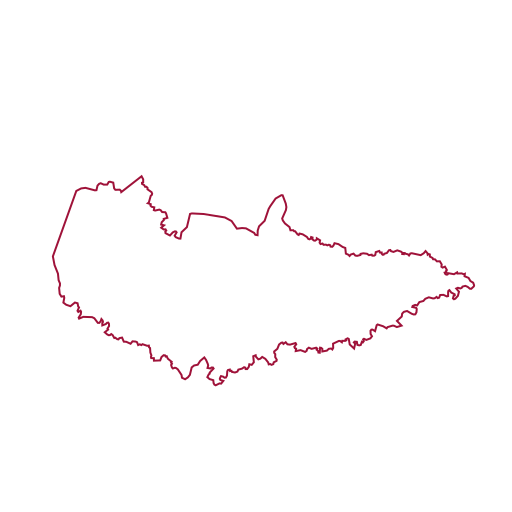 the district of Rio Brilhante, Mato Grosso do Sul, Brazil, rotated 342°
{"feature_id": "56859067B58900206343132", "entity_name": "Rio Brilhante", "entity_type": "district", "adm_level": 2, "iso_a3": "BRA", "parent_name": "Brazil", "parent_adm1": "Mato Grosso do Sul", "projection": "mercator", "projection_center": [-54.465, -21.65], "detail": "fine", "context": "isolated", "style": "outline", "palette": "rose", "viewbox_px": 512, "rotation_deg": 342, "n_neighbors": 0, "source": "geoboundaries", "source_scale": "gbopen_adm2", "svg_char_len": 6113}
<svg xmlns="http://www.w3.org/2000/svg" viewBox="0 0 512 512"><g transform="rotate(342 256 256)"><path d="M451.4,342.5L448.1,339.7L449.1,337.5L448.0,337.6L446.2,336.1L442.1,334.9L442.2,333.7L438.7,334.5L433.8,331.9L432.4,332.8L431.2,332.5L430.4,331.4L430.3,330.2L432.2,330.5L431.9,329.1L433.2,328.3L432.4,324.5L429.9,324.7L429.0,323.5L430.0,321.4L429.2,317.8L426.4,317.0L425.2,314.5L423.4,313.8L423.3,312.4L421.2,310.3L421.8,308.2L420.8,307.5L419.7,307.8L419.9,306.3L418.8,303.7L416.4,305.2L412.9,306.1L405.0,301.5L403.6,301.3L401.7,302.8L401.0,301.3L399.0,300.1L398.5,299.2L397.4,298.8L397.1,299.9L395.7,299.3L396.2,298.1L395.2,296.6L392.1,294.3L388.0,294.6L385.9,293.1L385.6,291.8L384.3,291.6L381.4,293.6L378.7,293.5L377.8,294.2L376.8,293.9L376.3,292.8L376.6,291.5L375.0,291.1L374.8,289.3L371.1,289.3L369.8,291.8L368.6,292.2L366.7,291.6L366.5,290.5L363.7,290.1L362.3,288.2L358.9,286.6L356.1,286.3L355.6,287.3L352.2,287.1L350.6,286.3L349.5,283.9L346.6,283.9L345.0,284.9L344.3,283.4L342.2,281.5L343.4,275.9L341.2,274.2L338.1,270.2L334.6,268.1L332.9,270.0L331.4,270.8L329.8,270.1L329.9,268.7L328.8,267.8L327.1,267.9L326.0,266.8L323.7,266.2L323.1,264.7L321.1,264.6L320.6,263.0L321.8,260.9L319.3,258.0L318.9,259.1L317.0,259.7L316.0,259.3L314.8,257.6L315.5,255.9L314.3,255.0L313.3,256.4L312.1,256.7L311.0,255.9L310.3,253.6L307.1,249.8L304.3,248.1L303.1,249.2L302.2,248.3L300.9,244.6L299.9,244.2L299.4,243.0L296.7,242.2L296.8,238.8L293.6,234.0L292.5,230.5L292.5,228.4L298.6,221.6L300.0,218.9L300.5,215.3L300.1,206.5L298.9,206.0L292.4,207.4L285.1,212.9L282.6,215.1L275.1,225.2L268.1,228.7L265.5,232.3L263.9,236.7L261.9,235.6L261.4,233.5L255.0,226.6L251.4,225.1L246.3,224.1L243.6,215.2L238.3,209.7L219.2,199.9L208.2,195.7L206.3,195.6L199.2,207.2L192.5,210.4L189.5,216.1L188.1,215.6L185.5,213.3L184.9,211.6L187.8,209.0L187.5,208.0L186.5,207.5L184.2,207.8L180.5,209.9L177.0,206.3L177.3,204.7L178.5,204.1L178.2,202.7L176.4,202.2L174.6,199.8L178.0,198.4L175.5,196.8L176.8,194.7L179.5,193.3L179.7,192.2L183.5,192.3L183.6,187.7L183.3,186.4L180.3,185.2L179.5,183.0L178.4,182.0L174.1,181.6L173.0,180.8L174.3,178.3L171.9,176.9L171.2,175.5L171.9,174.2L169.5,172.4L170.6,172.0L174.5,166.2L175.9,165.6L176.5,164.6L176.4,163.0L173.4,159.0L173.9,157.7L173.2,156.3L171.9,155.9L171.6,154.1L169.9,152.2L170.2,151.1L171.5,151.0L172.4,148.2L171.8,144.8L147.6,153.6L147.7,152.3L146.9,150.8L142.7,149.6L142.0,147.9L142.9,142.1L140.0,140.2L138.8,140.1L136.6,142.1L133.3,141.1L130.8,138.8L129.1,138.9L127.0,140.1L124.6,144.1L123.1,143.8L114.9,138.5L110.6,137.7L105.2,138.6L62.7,193.6L61.6,202.3L62.2,211.6L60.8,218.0L61.1,221.5L60.4,223.5L58.9,225.5L57.6,231.3L58.4,234.5L60.9,234.9L60.7,236.6L58.4,240.8L60.4,243.7L64.0,246.4L69.4,244.3L71.7,245.8L71.3,249.1L71.8,250.2L69.3,253.0L69.7,254.3L72.2,253.8L72.4,255.0L71.4,257.2L68.3,259.8L68.4,260.9L72.9,260.5L81.2,263.5L83.0,265.2L84.9,270.7L86.3,271.2L88.1,270.0L89.5,268.2L90.2,269.9L90.1,271.4L89.1,272.2L88.4,274.5L92.2,274.3L93.7,273.5L94.9,273.7L95.2,275.1L94.6,277.2L92.3,279.2L92.6,280.3L88.6,281.8L90.1,284.4L91.4,285.8L92.7,286.1L94.2,285.5L95.2,286.9L95.9,290.2L96.9,290.2L98.3,292.2L99.4,292.8L100.7,291.9L103.4,292.2L103.8,296.6L106.1,297.5L109.6,300.7L112.2,299.0L115.1,300.2L116.2,301.2L116.4,304.3L118.2,304.1L119.4,305.3L120.8,304.8L124.8,307.8L126.4,308.1L126.1,309.8L126.8,310.8L125.7,315.2L125.8,318.2L124.9,319.5L124.8,320.7L127.3,321.6L126.6,324.0L132.6,325.7L134.9,322.9L137.5,321.8L138.8,322.4L139.0,323.7L140.1,323.7L140.4,326.4L143.1,330.6L142.3,331.2L142.8,332.5L141.6,333.4L141.6,336.0L142.2,337.3L144.3,337.2L145.3,337.8L146.6,339.6L148.4,346.1L148.0,348.9L150.5,351.3L153.7,350.4L156.4,348.6L160.4,342.1L163.3,341.0L167.0,341.4L170.4,338.6L175.5,336.5L176.4,339.5L176.8,343.7L176.7,345.3L175.3,347.5L177.9,348.9L179.2,348.3L180.6,348.8L180.9,349.9L175.9,352.6L175.6,353.6L174.5,353.9L172.3,356.2L173.8,358.7L177.0,360.9L176.4,363.8L176.7,365.5L177.7,366.5L181.9,365.9L183.4,366.6L186.3,364.7L183.8,362.9L183.6,361.7L184.5,360.4L185.6,359.4L187.6,360.7L188.4,362.0L189.8,362.3L191.4,360.8L193.1,356.7L194.1,355.8L196.0,355.9L195.8,357.4L197.2,357.6L197.3,358.8L200.0,360.3L202.6,360.2L204.1,358.6L207.9,358.8L210.3,358.1L211.4,358.9L211.2,360.3L212.7,360.8L214.9,359.2L216.2,356.9L218.3,358.2L221.1,356.4L222.4,350.5L225.0,350.3L224.8,351.7L226.3,355.0L228.4,355.0L230.7,353.9L233.1,356.7L234.7,361.0L234.6,363.0L236.1,363.1L237.1,364.3L239.0,364.2L240.0,362.6L243.1,362.1L243.7,361.0L243.0,358.1L244.0,355.3L243.4,353.7L243.8,352.4L247.6,350.9L250.6,347.3L253.3,346.3L254.5,346.5L254.9,348.1L257.6,347.2L258.6,349.7L261.0,350.8L266.7,351.0L267.0,352.4L264.4,354.2L264.5,355.6L265.5,356.5L264.4,358.7L269.3,359.3L273.1,362.4L274.9,361.8L275.8,360.3L277.9,359.5L280.2,361.5L284.9,361.8L285.7,363.0L284.7,363.8L285.8,365.7L285.5,367.1L286.7,367.7L288.6,363.0L289.6,363.5L290.4,364.8L289.6,367.3L294.2,367.9L296.5,366.8L298.9,367.2L299.7,368.5L301.0,367.3L302.2,363.2L308.5,362.4L309.6,362.7L311.0,364.6L311.8,363.3L314.6,364.3L315.7,364.1L315.5,363.0L317.7,362.6L318.6,363.6L317.8,369.1L320.7,374.3L323.2,370.1L322.4,368.4L323.4,367.9L325.4,368.8L325.0,371.9L326.6,372.9L328.1,373.0L330.2,370.3L330.9,371.2L332.2,370.3L332.1,368.4L333.1,368.1L335.0,369.9L339.3,369.7L341.5,368.2L340.9,365.6L341.8,362.5L343.0,361.7L344.1,362.0L346.0,364.3L349.4,359.1L350.5,358.7L355.2,362.1L357.9,365.2L359.1,364.3L364.3,364.4L365.6,364.9L368.0,367.1L372.9,367.2L370.0,361.3L375.9,358.6L377.2,356.0L378.2,355.4L379.5,354.8L382.7,355.0L386.3,359.1L388.0,360.4L389.5,360.7L391.2,359.1L392.5,356.1L392.3,354.8L388.9,352.8L389.6,351.9L392.3,351.7L394.0,352.8L397.1,350.3L401.3,350.5L403.8,349.0L407.6,348.7L411.3,351.1L412.9,351.4L415.1,350.7L415.8,352.2L417.3,352.2L419.1,350.0L422.3,350.9L425.0,353.4L426.3,353.5L427.6,349.6L428.3,348.5L429.4,348.2L430.4,351.1L433.1,353.8L432.9,354.8L431.6,355.0L430.2,357.2L430.9,358.3L432.4,358.2L435.7,356.3L438.0,352.7L436.4,348.8L438.2,348.6L440.3,350.0L441.7,349.9L443.0,348.9L445.9,349.1L447.8,350.8L449.3,353.2L450.6,353.7L453.8,352.2L454.4,351.2L454.3,348.5L452.2,346.1L451.4,342.5Z" fill="none" stroke="#9f1239" stroke-width="2"/></g></svg>